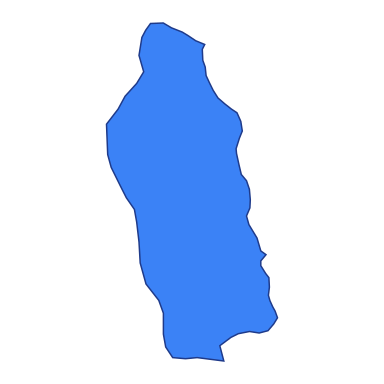 the district of Lapathos, Cyprus
{"feature_id": "46923920B60691928275078", "entity_name": "Lapathos", "entity_type": "district", "adm_level": 2, "iso_a3": "CYP", "parent_name": "Cyprus", "parent_adm1": "", "projection": "orthographic", "projection_center": [33.833, 35.276], "detail": "fine", "context": "isolated", "style": "filled", "palette": "blue", "viewbox_px": 384, "rotation_deg": 0, "n_neighbors": 0, "source": "geoboundaries", "source_scale": "gbopen_adm2", "svg_char_len": 1023}
<svg xmlns="http://www.w3.org/2000/svg" viewBox="0 0 384 384"><path d="M141.9,37.4L139.0,55.4L143.7,71.8L136.7,83.4L125.1,96.2L118.1,109.1L106.5,124.2L107.7,154.6L111.2,167.4L120.4,186.0L126.3,197.7L134.4,209.4L136.7,222.2L139.0,242.0L140.2,263.0L146.0,284.0L158.8,300.4L163.4,313.2L163.4,334.2L165.7,347.0L172.7,357.6L185.5,358.7L197.1,357.6L223.8,361.0L219.8,345.7L230.9,337.4L238.3,333.7L249.5,331.5L259.2,333.0L268.0,330.7L273.7,324.0L277.5,317.8L275.1,311.1L272.7,306.8L269.9,300.6L268.4,295.3L269.4,287.2L268.9,277.7L265.6,273.4L260.8,265.7L260.8,260.9L266.0,254.7L260.8,250.9L257.0,238.0L248.9,224.6L246.5,216.0L249.9,207.9L250.3,199.8L249.4,189.3L246.5,180.7L241.3,174.5L238.9,164.4L236.5,153.4L236.1,148.7L239.4,138.2L242.3,131.0L240.8,121.4L237.0,112.8L231.3,109.0L224.7,103.8L218.0,98.0L213.2,90.4L209.4,82.7L206.1,75.6L205.2,67.0L202.8,60.3L202.3,49.3L204.7,44.5L195.6,40.7L188.5,35.9L182.3,32.1L171.4,27.8L163.3,23.0L150.5,23.5L145.7,30.2L141.9,37.4Z" fill="#3b82f6" stroke="#1e3a8a" stroke-width="1.5"/></svg>